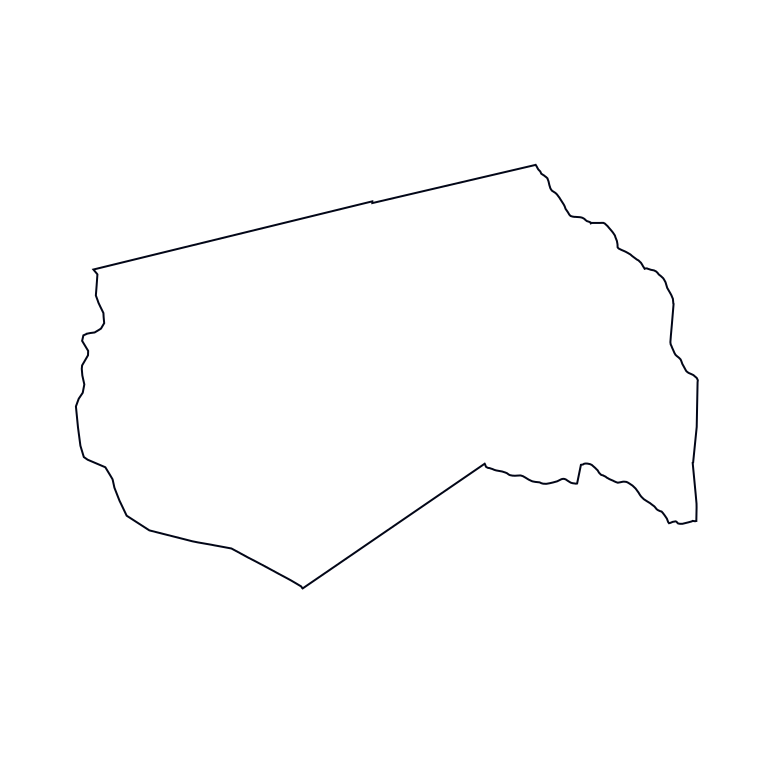 outline of Au Leon, Dennery, Saint Lucia, rotated 260°
{"feature_id": "8701671B69175081288575", "entity_name": "Au Leon", "entity_type": "district", "adm_level": 2, "iso_a3": "LCA", "parent_name": "Saint Lucia", "parent_adm1": "Dennery", "projection": "robinson", "projection_center": [-60.906, 13.953], "detail": "fine", "context": "isolated", "style": "outline", "palette": "ink", "viewbox_px": 768, "rotation_deg": 260, "n_neighbors": 0, "source": "geoboundaries", "source_scale": "gbopen_adm2", "svg_char_len": 4656}
<svg xmlns="http://www.w3.org/2000/svg" viewBox="0 0 768 768"><g transform="rotate(260 384 384)"><path d="M196.8,268.4L288.0,469.3L287.5,469.5L286.6,469.7L285.0,470.0L284.5,470.3L283.3,471.9L283.1,472.5L282.9,473.3L282.1,474.7L281.5,475.9L280.7,477.1L280.3,477.7L279.4,479.5L277.3,485.2L275.7,488.2L274.8,489.6L273.2,491.1L272.5,492.0L272.1,492.9L271.4,494.8L271.1,496.2L270.9,497.1L270.5,500.7L270.2,502.7L269.1,504.8L267.2,507.1L266.2,508.2L264.7,509.9L262.7,512.7L262.3,513.4L261.3,516.0L261.2,516.4L260.1,520.2L259.0,521.7L258.2,523.4L257.7,525.6L257.5,526.6L257.5,530.0L257.7,533.6L258.1,537.7L258.9,540.4L259.3,541.7L259.5,542.7L259.5,544.0L259.2,545.1L258.5,546.4L257.6,547.3L257.0,547.9L256.1,548.9L254.4,550.8L253.6,552.4L253.3,553.3L252.9,554.6L252.5,555.7L252.5,556.9L270.2,563.9L270.2,565.3L270.2,566.1L270.7,567.2L270.7,568.6L270.3,570.5L269.3,573.0L268.2,574.6L267.8,574.9L266.8,575.7L264.7,577.4L262.8,578.7L261.9,579.4L259.4,580.3L258.2,581.1L256.8,582.1L256.2,583.3L256.0,583.8L255.5,584.4L254.2,586.2L253.2,587.0L252.1,588.4L251.4,589.2L250.9,589.9L249.5,592.0L249.0,592.8L248.2,593.8L247.0,595.6L246.7,596.2L246.2,597.1L246.2,599.7L246.3,602.6L246.2,603.2L246.0,604.0L245.5,605.7L244.7,606.9L243.2,608.6L242.8,609.0L240.8,611.1L237.4,613.6L232.7,615.9L231.3,616.4L229.9,617.0L229.1,617.4L228.2,617.9L225.4,619.9L222.7,622.8L221.1,624.6L220.6,625.2L218.6,627.0L216.5,629.0L214.6,630.1L214.0,630.4L213.3,630.8L212.2,631.9L211.2,633.3L210.8,633.9L210.2,635.2L208.6,636.2L207.8,636.6L206.9,637.1L205.0,638.0L203.4,638.7L202.3,639.2L199.6,639.7L198.6,639.9L197.4,640.5L197.5,641.4L197.5,641.8L197.7,642.7L198.1,644.4L198.1,647.3L197.8,647.8L197.5,648.2L196.7,648.6L195.6,649.4L194.9,651.2L194.5,653.6L194.9,659.7L195.2,662.9L195.4,663.8L195.6,664.1L194.9,666.3L194.8,666.6L195.0,667.4L194.9,667.8L208.2,670.4L211.9,671.0L221.3,671.8L252.8,674.3L253.0,674.8L287.4,684.5L331.2,693.1L333.2,693.7L335.5,693.1L336.3,692.5L337.6,691.4L339.0,690.3L340.3,688.5L342.1,685.8L343.6,684.4L344.3,683.9L345.4,683.5L347.8,682.7L349.9,682.0L351.9,681.3L354.8,680.8L355.3,680.7L356.8,680.3L358.4,679.2L358.8,678.9L360.7,677.2L362.2,676.1L364.2,675.4L366.3,674.9L367.6,674.6L369.1,674.2L369.5,674.1L370.4,673.9L371.2,673.8L371.7,673.6L372.6,673.4L373.2,673.2L375.5,673.3L380.2,674.5L381.4,674.8L392.5,677.8L412.6,683.1L412.9,682.9L417.7,683.3L420.2,682.7L421.3,682.5L423.4,681.8L425.9,680.9L427.0,680.5L429.5,679.6L435.4,678.9L437.1,678.3L438.3,677.9L439.7,677.3L442.2,675.4L444.2,673.6L445.6,672.9L446.1,672.6L447.6,671.5L449.0,669.6L450.2,666.5L450.4,666.2L451.2,664.7L451.5,664.1L452.2,663.0L452.4,661.6L452.2,660.7L454.2,659.9L454.8,659.6L456.6,659.0L457.8,658.5L458.8,658.1L459.7,657.4L461.5,656.1L462.6,654.7L464.5,652.9L466.2,651.3L467.2,650.4L468.6,649.3L469.0,648.9L469.5,648.3L470.0,647.7L470.7,646.9L471.5,645.9L472.3,644.9L473.4,643.3L474.7,641.3L476.6,638.7L477.1,638.4L477.4,638.1L478.1,637.8L480.9,638.2L484.4,638.2L488.3,637.4L490.1,637.2L493.3,635.8L493.7,635.6L494.6,635.1L495.5,634.6L499.2,632.4L500.5,631.7L503.7,629.3L504.6,628.0L504.7,627.3L505.8,620.8L506.5,616.9L506.4,616.1L506.3,615.5L507.3,615.4L508.1,614.2L509.2,612.1L510.2,611.2L510.6,610.8L511.3,610.4L511.8,610.0L513.2,608.3L513.8,607.1L514.0,606.6L514.3,605.7L515.0,602.9L515.4,601.3L515.6,600.3L516.2,598.6L517.1,596.9L518.6,595.9L521.3,594.9L525.0,593.2L525.6,593.1L527.0,592.9L528.6,592.5L530.0,592.0L536.2,589.4L537.1,589.1L537.4,588.9L540.6,587.3L541.6,586.6L542.4,586.0L544.9,583.3L545.3,582.9L546.4,582.4L547.0,582.1L548.4,581.7L548.9,581.7L551.1,581.4L555.1,581.2L557.1,580.8L558.1,580.7L559.5,579.7L560.1,579.1L561.9,577.5L562.1,577.2L563.8,575.4L566.2,574.8L567.6,573.8L568.4,573.3L569.3,572.9L569.9,572.7L570.3,572.6L571.8,572.1L573.5,571.4L573.4,570.5L564.2,403.9L565.9,404.2L547.2,117.7L546.3,118.2L542.7,120.3L541.7,120.8L530.5,118.0L521.2,115.6L516.2,116.5L513.6,116.9L509.6,118.0L505.1,119.3L502.6,120.0L498.4,119.5L492.5,119.0L487.7,114.9L486.6,112.2L485.2,108.5L485.0,108.0L485.2,103.7L485.1,99.2L484.9,99.7L484.1,96.4L478.9,94.2L468.0,98.4L463.7,97.5L458.0,92.7L454.7,89.9L453.2,89.5L451.5,89.0L444.8,88.4L435.6,88.8L427.7,85.8L422.5,80.8L415.4,76.7L394.4,75.1L375.9,74.3L367.5,75.3L364.2,75.7L360.9,79.0L350.4,95.1L341.4,98.6L337.4,100.1L336.4,100.2L328.7,100.5L318.7,102.5L314.8,103.3L312.4,104.0L299.0,107.7L280.6,127.5L274.2,141.7L266.7,158.4L265.3,161.5L262.4,167.9L261.0,171.5L260.4,173.0L255.6,186.3L254.5,189.1L253.7,191.3L248.5,205.2L236.8,219.9L231.4,227.0L222.8,238.0L222.0,239.0L215.3,247.4L210.7,253.3L209.2,255.2L206.8,258.2L202.9,262.8L199.0,267.3L198.3,267.6L197.3,268.0L196.8,268.4Z" fill="none" stroke="#020617" stroke-width="2"/></g></svg>